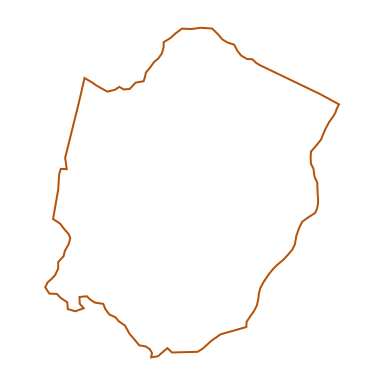 Macieira, Santa Catarina, Brazil, rotated 88°
{"feature_id": "56859067B68237115379789", "entity_name": "Macieira", "entity_type": "district", "adm_level": 2, "iso_a3": "BRA", "parent_name": "Brazil", "parent_adm1": "Santa Catarina", "projection": "equal_earth", "projection_center": [-51.346, -26.801], "detail": "fine", "context": "isolated", "style": "outline", "palette": "amber", "viewbox_px": 384, "rotation_deg": 88, "n_neighbors": 0, "source": "geoboundaries", "source_scale": "gbopen_adm2", "svg_char_len": 1694}
<svg xmlns="http://www.w3.org/2000/svg" viewBox="0 0 384 384"><g transform="rotate(88 192 192)"><path d="M74.3,295.4L98.6,301.9L153.5,317.6L158.4,317.0L164.8,316.4L164.3,322.3L169.5,324.1L184.8,325.6L214.2,331.8L219.0,324.9L224.5,321.1L229.9,316.6L234.0,315.3L239.6,317.0L246.4,321.1L251.7,322.6L257.2,328.1L264.0,328.5L270.3,331.7L274.2,335.6L277.2,339.4L282.1,342.0L288.5,338.2L289.2,330.5L293.2,327.0L297.9,320.5L304.7,320.2L307.1,312.8L304.4,304.3L299.8,308.1L293.0,308.1L292.5,300.8L296.2,297.2L299.2,292.7L300.7,284.6L306.0,282.7L311.7,278.7L314.4,273.0L318.6,269.7L323.1,263.7L331.3,259.5L343.4,250.0L344.8,243.5L347.7,239.6L351.6,237.6L355.8,238.6L355.0,231.8L351.6,227.7L347.2,222.0L351.7,217.6L351.9,191.9L349.0,186.9L346.0,183.3L341.5,178.0L335.3,168.6L328.8,142.4L323.7,142.0L318.4,138.2L313.3,134.3L307.6,131.1L301.0,129.4L295.8,128.7L290.1,126.9L284.6,123.7L280.4,120.7L276.1,117.5L271.9,113.7L268.2,109.9L262.8,103.0L257.5,97.7L252.8,93.6L247.8,91.0L239.3,89.2L231.6,86.2L225.5,82.8L220.8,75.7L217.3,69.7L212.9,67.6L208.3,66.5L203.4,66.2L199.0,66.5L193.9,66.5L187.1,66.5L180.6,69.1L173.0,69.8L168.1,72.1L162.4,72.3L155.8,71.7L148.2,64.7L144.1,61.2L138.6,58.8L133.2,56.2L126.8,52.5L121.8,48.5L117.7,45.9L113.5,44.3L109.6,42.0L98.6,60.6L67.9,119.2L65.2,123.4L61.5,126.9L61.0,132.4L57.3,138.2L52.5,141.7L46.2,144.7L43.8,151.4L40.6,156.3L34.5,161.2L29.3,166.3L28.2,177.8L29.1,186.5L28.4,196.3L32.8,202.8L37.3,208.1L41.3,215.1L46.5,215.3L52.5,217.3L57.2,220.8L60.9,225.5L66.4,229.7L71.0,233.9L75.5,235.0L79.6,236.5L80.7,244.5L86.9,250.7L87.1,256.8L84.4,260.9L87.2,265.6L88.7,273.1L85.4,278.7L82.1,284.0L79.2,287.8L74.3,295.4Z" fill="none" stroke="#b45309" stroke-width="2"/></g></svg>